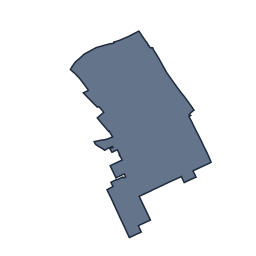 Ianca, Romania (Mercator projection), rotated 136°
{"feature_id": "2599482B25351029590238", "entity_name": "Ianca", "entity_type": "district", "adm_level": 2, "iso_a3": "ROU", "parent_name": "Romania", "parent_adm1": "", "projection": "mercator", "projection_center": [24.181, 43.749], "detail": "fine", "context": "isolated", "style": "filled", "palette": "slate", "viewbox_px": 256, "rotation_deg": 136, "n_neighbors": 0, "source": "geoboundaries", "source_scale": "gbopen_adm2", "svg_char_len": 3941}
<svg xmlns="http://www.w3.org/2000/svg" viewBox="0 0 256 256"><g transform="rotate(136 128 128)"><path d="M203.1,48.2L196.9,46.1L190.7,44.0L190.4,45.1L189.5,47.5L188.5,50.5L188.4,50.6L175.8,46.2L173.7,52.4L171.6,58.6L171.2,59.9L169.7,64.4L167.4,71.1L160.9,68.8L154.5,66.6L154.2,66.6L153.2,66.3L149.7,65.1L148.3,64.6L142.0,62.5L135.8,60.4L129.9,58.3L129.7,58.2L129.4,58.0L126.5,57.1L123.5,56.0L123.3,56.0L123.7,54.8L124.1,53.8L124.8,51.8L125.3,50.2L125.5,49.7L125.3,49.6L124.7,49.4L124.1,49.2L123.5,49.1L122.9,48.8L122.4,48.7L121.8,48.5L121.2,48.3L121.0,48.2L120.9,48.1L120.6,48.0L120.2,47.9L119.1,47.5L118.8,47.4L118.5,47.4L118.3,47.3L118.1,47.2L117.8,47.1L117.6,47.0L117.3,46.9L117.2,46.9L116.9,46.8L116.7,46.7L116.3,46.5L116.2,46.4L115.8,46.3L115.6,46.3L115.5,46.2L115.3,46.2L114.8,46.0L114.7,46.0L114.4,45.9L114.2,45.9L113.8,45.7L113.6,45.6L113.3,45.6L113.2,45.5L112.2,48.2L111.6,50.4L111.0,52.0L105.4,50.1L93.4,46.0L92.7,45.8L92.1,45.6L91.7,46.4L90.9,48.6L90.1,50.3L89.6,51.8L88.5,54.9L87.5,58.0L86.2,62.2L85.4,64.5L84.0,68.6L83.7,69.8L83.4,70.5L83.2,71.1L83.1,71.7L82.6,73.1L81.7,76.1L80.9,78.8L79.9,81.9L79.2,84.2L77.8,88.2L76.8,91.8L76.2,94.0L74.9,93.6L74.2,93.4L74.2,93.5L74.7,95.0L73.4,95.2L73.0,95.3L72.1,95.3L71.4,95.3L70.5,95.2L69.6,95.2L68.8,95.1L68.1,95.0L67.9,96.5L67.6,97.8L66.3,106.8L65.6,111.9L65.4,114.4L65.2,116.9L64.3,123.8L62.4,136.6L61.7,141.0L61.1,143.3L60.1,146.9L59.8,148.2L59.4,149.6L57.3,157.4L57.1,158.5L56.8,159.7L56.7,160.1L56.4,161.5L56.3,162.1L56.1,163.0L55.7,165.0L55.2,167.2L55.1,167.4L55.0,167.5L54.8,167.9L54.5,168.3L54.6,168.5L54.8,168.8L54.8,169.0L55.1,169.2L55.1,169.3L55.3,169.4L55.5,169.4L55.9,169.5L56.0,169.7L56.1,169.8L56.1,170.0L56.1,170.3L56.1,170.5L56.2,170.8L56.3,171.1L56.3,171.4L56.2,171.5L56.0,172.0L55.9,172.2L55.8,172.3L55.8,172.5L55.8,172.8L55.9,173.0L55.9,173.3L56.0,173.5L55.9,173.8L55.6,174.0L55.5,174.3L55.4,174.8L55.3,175.0L55.0,177.3L54.8,179.5L54.7,179.7L54.5,180.8L54.3,182.0L54.2,182.4L54.1,183.2L54.0,183.9L53.9,184.6L53.7,185.3L53.7,185.7L53.6,186.3L53.4,186.9L53.3,187.6L53.2,188.4L53.0,189.1L53.0,189.4L52.9,190.2L61.7,192.8L62.4,193.0L62.7,193.1L62.8,193.0L63.0,193.1L68.0,195.0L73.8,197.2L78.6,199.7L79.2,198.8L83.0,201.4L87.9,204.1L91.3,205.9L94.9,207.9L108.3,211.6L114.6,211.7L118.9,212.0L119.8,212.0L120.0,212.0L120.4,212.0L125.6,211.0L128.9,210.0L128.3,203.9L128.4,196.6L128.7,194.4L130.0,184.1L130.5,182.6L135.8,184.3L135.7,180.8L135.8,177.3L135.7,176.8L135.7,173.7L135.7,168.9L135.6,168.4L135.7,167.6L135.6,167.4L135.6,167.1L135.6,165.9L135.6,164.4L135.4,164.3L135.3,164.1L135.1,164.1L134.7,164.0L134.3,163.4L134.1,163.1L134.5,156.2L143.1,156.6L143.7,149.7L143.8,147.0L144.0,143.7L144.0,143.2L144.1,142.7L144.2,140.2L144.3,138.9L143.7,138.8L145.3,132.3L148.5,133.6L150.8,134.5L153.5,136.2L155.6,137.8L158.7,139.7L161.8,141.7L162.1,140.9L162.2,140.5L162.4,140.2L162.5,139.9L162.6,139.1L162.6,138.5L162.6,138.0L162.5,137.6L162.2,136.4L162.0,135.5L161.4,133.4L161.0,131.8L160.7,130.9L160.6,130.5L160.5,129.7L160.4,128.5L160.4,128.4L160.3,128.2L159.9,128.1L159.6,128.0L159.0,127.9L158.2,127.7L157.8,127.6L156.9,127.4L156.5,127.2L156.1,127.1L155.0,126.7L154.2,126.3L153.2,126.0L151.9,125.4L152.2,124.5L155.4,125.7L155.7,124.8L156.0,123.6L156.1,123.2L156.2,122.9L156.2,122.5L156.4,121.9L156.4,121.7L156.1,121.5L155.7,121.4L151.2,119.9L150.9,119.8L150.8,119.7L151.2,118.6L151.8,116.7L152.0,116.3L152.1,116.1L152.6,114.5L153.0,114.6L153.0,114.4L153.1,114.1L153.3,113.7L153.3,113.0L153.4,112.7L153.5,112.1L153.6,111.8L154.5,109.0L167.0,113.3L169.8,105.0L170.2,103.9L171.3,100.5L171.2,100.5L162.5,97.5L163.6,94.4L164.4,94.7L164.8,94.8L165.1,94.9L166.0,95.3L165.7,96.3L165.9,96.4L170.6,97.9L171.3,98.2L171.5,98.3L171.8,98.4L171.9,98.6L171.9,98.8L175.2,99.9L178.0,100.8L179.5,96.3L183.0,97.4L186.0,98.2L190.0,86.0L191.1,83.1L192.3,79.5L193.4,76.5L194.5,73.3L196.7,67.1L197.7,64.0L199.5,58.7L203.1,48.5L203.1,48.2Z" fill="#64748b" stroke="#1e293b" stroke-width="1.5"/></g></svg>